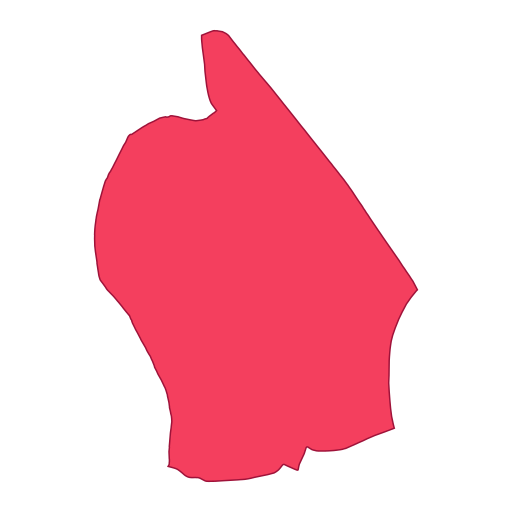 the district of Bangkok Noi, Bangkok Metropolis, Thailand
{"feature_id": "78962969B69407198721734", "entity_name": "Bangkok Noi", "entity_type": "district", "adm_level": 2, "iso_a3": "THA", "parent_name": "Thailand", "parent_adm1": "Bangkok Metropolis", "projection": "natural_earth1", "projection_center": [100.469, 13.765], "detail": "fine", "context": "isolated", "style": "filled", "palette": "rose", "viewbox_px": 512, "rotation_deg": 0, "n_neighbors": 0, "source": "geoboundaries", "source_scale": "gbopen_adm2", "svg_char_len": 5414}
<svg xmlns="http://www.w3.org/2000/svg" viewBox="0 0 512 512"><path d="M201.6,35.3L201.6,38.8L201.7,40.5L202.4,47.9L203.5,56.0L204.6,64.4L205.0,71.4L206.0,80.2L206.7,85.9L207.8,91.9L208.5,95.1L209.3,98.0L210.1,100.5L211.2,103.1L212.1,104.5L216.6,110.6L215.1,112.0L214.2,112.8L213.8,113.0L213.5,113.1L209.4,116.2L207.9,117.5L207.2,118.3L206.1,118.7L205.1,118.9L203.8,119.4L203.5,119.6L203.1,119.7L202.0,119.9L200.9,120.1L200.2,120.2L195.7,120.8L193.2,120.4L190.5,119.9L184.1,118.6L182.6,118.2L179.6,117.3L179.0,117.1L178.1,116.8L172.0,115.8L171.1,115.8L170.3,115.9L168.9,116.8L166.8,117.2L165.7,116.8L163.1,117.3L159.7,118.1L153.8,121.3L148.4,123.7L146.1,125.2L145.6,125.5L144.8,125.9L143.4,126.7L142.9,127.0L142.4,127.3L138.0,130.2L131.7,134.4L130.4,134.4L129.8,134.8L128.6,136.0L127.8,137.3L127.6,137.8L125.8,142.0L125.6,142.4L124.2,144.6L123.9,145.0L123.7,145.4L123.4,145.9L121.9,149.0L119.2,154.3L117.3,158.2L116.3,160.2L115.8,161.2L115.0,162.7L112.3,168.1L111.5,169.4L110.6,171.2L109.5,172.7L109.1,173.4L108.5,174.6L107.5,177.5L107.1,178.3L106.9,178.5L106.1,179.6L105.9,180.1L105.7,180.4L105.4,180.9L104.7,183.0L104.6,183.4L104.5,183.7L103.7,186.2L100.5,197.6L100.4,198.0L100.3,198.8L100.0,199.1L99.8,199.7L98.0,209.5L97.3,212.4L96.4,216.7L96.2,218.5L96.0,219.2L95.9,220.4L95.2,225.6L94.9,228.8L94.7,232.1L94.6,234.7L94.7,235.0L94.6,238.6L94.7,241.6L94.8,245.1L94.8,245.8L95.4,251.2L95.4,251.3L96.7,260.0L97.0,262.2L97.0,263.4L97.5,266.6L97.9,269.3L98.4,272.4L98.7,274.5L99.0,276.1L99.9,279.1L100.3,280.1L100.7,280.6L101.3,281.5L102.2,282.6L105.4,287.0L106.5,288.8L106.8,289.2L107.6,290.2L109.1,291.7L110.9,293.6L112.5,295.2L114.0,296.8L114.4,297.3L115.0,298.0L117.9,301.5L118.3,301.9L121.9,306.3L122.9,307.6L123.3,308.2L126.3,311.9L129.2,315.4L129.4,315.4L130.8,319.0L131.5,320.0L131.8,320.5L131.7,320.8L132.4,322.9L135.0,328.2L135.6,329.5L137.4,332.7L139.7,337.1L139.8,337.4L140.0,337.6L141.1,340.0L142.1,341.7L145.3,347.2L145.8,348.1L145.9,348.4L146.8,350.4L147.6,351.9L148.3,353.0L148.5,353.5L150.0,355.8L150.4,356.5L151.5,359.2L152.2,360.6L152.5,361.2L154.3,365.8L154.4,366.3L154.6,367.2L156.3,370.5L156.5,370.8L157.9,374.0L158.4,374.9L160.6,378.8L160.9,379.3L161.0,379.4L162.2,381.9L164.0,385.7L164.4,386.6L165.0,387.6L166.0,390.3L167.1,394.0L167.3,394.4L167.4,395.2L167.5,396.1L168.5,400.5L169.0,402.8L169.5,406.9L169.5,407.7L170.4,411.4L170.4,411.6L170.6,412.5L170.7,413.2L170.8,413.8L170.9,414.1L171.3,415.6L171.4,416.0L171.7,418.9L171.8,421.4L171.8,421.9L171.4,425.2L171.2,427.1L171.2,427.4L170.5,432.4L170.4,433.4L169.3,446.5L169.4,447.3L169.0,451.6L169.3,459.0L169.4,459.5L169.4,461.9L169.3,462.0L169.2,464.4L168.1,466.4L173.0,467.7L174.7,468.2L176.1,468.7L177.6,469.4L179.6,470.8L182.3,473.0L184.2,474.7L185.1,475.4L185.7,475.8L186.6,476.3L187.0,476.5L187.6,476.8L188.8,477.2L189.7,477.4L190.5,477.5L192.0,477.6L195.3,477.5L196.7,477.6L197.9,477.6L198.8,477.8L199.8,478.1L204.6,480.6L205.2,480.9L205.6,481.0L206.0,481.1L206.4,481.2L208.1,481.3L209.1,481.3L215.0,481.2L222.8,480.7L238.2,479.8L240.5,479.6L242.4,479.5L244.8,479.3L248.1,478.8L251.0,478.2L254.6,477.3L267.7,474.6L273.0,473.2L273.9,473.0L274.8,472.5L275.0,472.4L276.3,471.6L277.9,470.4L278.7,469.7L280.1,468.1L282.6,464.9L283.0,464.6L283.5,464.5L283.8,464.4L284.4,464.5L284.8,464.7L287.5,466.0L295.0,469.3L297.1,470.1L297.5,470.1L297.9,470.0L298.1,469.8L298.9,465.8L299.4,464.0L304.1,453.9L304.4,453.1L306.1,447.7L306.5,447.2L306.8,447.0L307.1,446.9L307.5,446.9L307.8,447.0L311.7,449.5L311.8,449.5L313.1,450.0L314.8,450.4L316.4,450.8L318.5,451.0L320.1,451.0L324.3,451.0L324.9,451.0L329.2,450.8L333.8,450.5L336.3,450.2L340.2,449.7L342.4,449.3L344.0,448.8L345.7,448.4L346.9,447.9L348.2,447.3L349.6,446.7L359.2,442.4L363.1,440.7L367.0,438.8L367.9,438.4L374.9,435.4L384.6,431.9L394.3,428.2L394.1,427.6L393.1,423.5L391.6,416.4L390.6,408.6L389.9,401.0L389.2,391.7L388.7,382.9L389.0,375.4L389.1,367.0L389.2,360.3L389.4,357.0L389.8,351.9L390.1,348.7L390.6,345.0L391.2,341.1L392.7,335.2L395.2,328.0L398.8,319.0L402.5,311.3L402.6,311.2L406.4,304.0L411.1,297.3L416.3,290.9L417.4,289.8L412.9,281.2L411.1,278.6L409.4,275.9L406.4,271.6L404.3,268.4L402.9,266.5L400.9,263.4L398.8,260.1L397.3,258.0L386.1,241.9L384.4,239.4L383.2,237.7L382.6,236.8L380.5,233.7L379.8,232.7L377.8,229.8L374.9,225.5L372.8,222.4L370.1,218.4L368.0,215.1L366.4,212.9L364.4,209.7L363.5,208.5L362.6,206.9L361.9,205.8L361.6,205.4L361.0,204.5L359.7,202.7L358.2,200.5L356.8,198.4L354.1,194.3L352.2,191.4L350.6,189.1L349.3,187.3L348.1,185.5L346.6,183.5L345.2,181.6L344.0,179.9L339.2,173.9L338.8,173.3L336.9,170.9L335.4,169.0L333.2,166.3L331.5,164.0L329.0,161.0L326.5,157.8L324.7,155.5L323.1,153.5L320.9,150.7L319.6,149.1L318.0,147.1L316.4,145.1L314.2,142.3L312.5,140.2L309.5,136.4L306.9,133.1L304.8,130.4L301.2,126.0L299.3,123.6L298.2,122.2L295.7,119.0L294.1,117.0L292.6,115.1L290.6,112.6L288.7,110.2L287.0,108.1L285.1,105.7L283.7,104.0L281.9,101.7L280.1,99.4L278.9,97.9L276.0,94.3L273.8,91.5L272.6,90.0L271.8,89.0L271.1,88.1L259.1,74.0L258.6,73.3L255.5,69.6L253.6,67.2L251.9,65.0L250.0,62.6L247.7,59.8L245.9,57.5L244.2,55.3L242.6,53.5L240.6,50.8L239.1,48.9L237.0,46.4L235.4,44.3L234.1,42.7L233.5,42.0L229.4,36.6L228.9,35.9L228.5,35.5L228.0,35.0L227.7,34.8L227.1,34.3L226.1,33.6L225.4,33.2L222.4,31.7L218.6,31.1L217.1,30.8L215.1,30.8L214.6,30.7L214.1,30.7L213.3,30.8L212.6,31.0L211.5,31.4L210.1,31.9L205.4,33.8L201.6,35.3Z" fill="#f43f5e" stroke="#9f1239" stroke-width="1.5"/></svg>